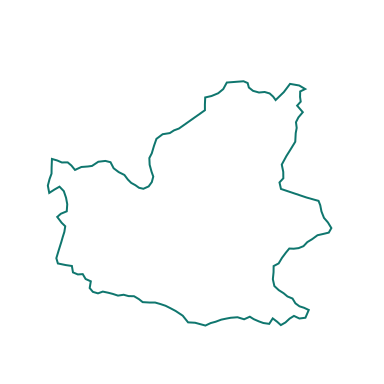 Iporã do Oeste, Santa Catarina, Brazil (Natural Earth projection), rotated 193°
{"feature_id": "56859067B29932927337968", "entity_name": "Iporã do Oeste", "entity_type": "district", "adm_level": 2, "iso_a3": "BRA", "parent_name": "Brazil", "parent_adm1": "Santa Catarina", "projection": "natural_earth1", "projection_center": [-53.489, -27.013], "detail": "fine", "context": "isolated", "style": "outline", "palette": "teal", "viewbox_px": 384, "rotation_deg": 193, "n_neighbors": 0, "source": "geoboundaries", "source_scale": "gbopen_adm2", "svg_char_len": 2147}
<svg xmlns="http://www.w3.org/2000/svg" viewBox="0 0 384 384"><g transform="rotate(193 192 192)"><path d="M119.5,80.2L112.6,79.7L107.6,83.5L103.3,82.0L97.9,81.0L93.0,80.4L87.1,80.9L84.9,87.0L79.8,84.7L75.5,82.3L71.6,85.9L68.4,90.6L64.8,94.2L58.9,92.9L53.2,95.0L51.7,103.3L56.8,104.4L61.6,104.8L66.2,106.8L70.1,110.8L75.5,111.7L80.0,114.0L85.4,115.9L90.6,118.9L93.6,125.2L94.5,132.2L95.8,138.2L91.5,141.9L89.5,148.1L86.9,154.0L84.5,158.8L80.2,159.6L75.5,161.3L71.2,164.3L68.4,169.1L64.3,173.1L60.0,178.1L54.6,180.7L49.6,183.2L48.1,188.2L52.7,192.9L57.6,196.5L61.5,202.2L64.1,208.0L66.7,211.8L79.2,212.4L106.0,215.0L108.9,221.0L106.1,225.9L107.6,232.1L110.7,238.9L108.1,248.3L105.5,255.8L102.7,264.2L104.2,272.8L104.4,278.0L106.4,283.4L105.1,288.6L102.0,294.7L109.0,299.8L106.4,304.5L108.1,308.9L109.2,314.3L104.9,317.8L111.5,319.9L120.8,319.4L125.0,310.0L131.2,300.4L134.4,303.2L138.5,305.5L143.7,305.8L149.1,304.0L155.3,304.3L160.1,306.6L162.3,310.7L166.7,311.5L182.7,306.5L184.7,299.3L188.7,294.1L194.6,289.9L200.4,287.1L199.1,280.1L197.8,274.6L219.0,250.9L223.4,248.0L226.9,244.4L233.6,241.7L238.6,235.8L239.4,228.5L239.9,220.6L241.2,215.5L239.4,209.0L236.0,202.7L233.2,198.3L233.4,192.6L235.5,187.7L240.1,184.2L244.6,184.2L248.7,185.9L253.3,187.2L257.3,189.7L261.7,193.4L267.9,194.9L273.7,197.5L278.1,202.7L283.4,202.8L290.1,200.4L295.3,194.9L299.3,193.4L305.4,191.5L311.0,187.2L315.5,190.7L319.8,192.9L325.5,191.5L330.4,192.4L335.9,192.7L334.3,184.3L333.0,178.3L333.7,172.6L333.9,165.8L330.9,159.0L326.5,163.5L322.3,167.4L317.1,164.0L313.4,158.0L310.8,152.0L309.7,145.0L314.9,141.3L317.7,137.4L312.1,132.7L307.8,130.1L307.4,124.4L307.8,119.4L308.1,113.8L308.7,106.0L309.3,97.0L306.6,92.2L298.6,92.4L292.4,92.9L289.9,86.9L284.7,86.0L280.0,87.4L276.1,83.3L270.5,82.2L270.1,75.4L266.1,72.4L260.8,72.1L256.5,74.9L251.1,75.0L246.4,74.9L240.8,74.4L235.5,76.5L230.4,76.3L225.0,77.4L219.7,75.7L215.3,73.6L208.8,74.7L203.0,76.0L197.4,75.7L192.2,75.2L186.8,73.9L181.2,72.4L173.2,69.4L166.5,64.1L159.6,65.3L154.7,65.1L148.9,64.9L144.3,68.5L139.8,70.9L134.8,74.2L129.8,76.5L125.9,78.2L119.5,80.2Z" fill="none" stroke="#0f766e" stroke-width="2"/></g></svg>